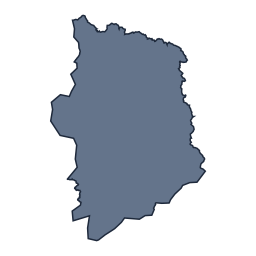 outline of Cagaan-U'ur, Hövsgöl, Mongolia
{"feature_id": "93677404B89482084042142", "entity_name": "Cagaan-U'ur", "entity_type": "district", "adm_level": 2, "iso_a3": "MNG", "parent_name": "Mongolia", "parent_adm1": "Hövsgöl", "projection": "mercator", "projection_center": [101.619, 50.905], "detail": "fine", "context": "isolated", "style": "filled", "palette": "slate", "viewbox_px": 256, "rotation_deg": 0, "n_neighbors": 0, "source": "geoboundaries", "source_scale": "gbopen_adm2", "svg_char_len": 5622}
<svg xmlns="http://www.w3.org/2000/svg" viewBox="0 0 256 256"><path d="M205.3,171.2L203.1,169.1L200.7,168.1L200.3,167.7L200.4,166.4L200.7,164.9L201.0,163.8L201.5,163.3L203.7,161.4L203.7,160.9L204.6,159.1L204.6,158.8L204.3,158.4L204.1,157.8L202.8,156.6L202.7,156.2L202.7,155.7L202.5,155.4L200.3,153.3L199.5,151.9L199.4,151.6L199.5,150.7L199.2,150.2L198.8,150.0L197.2,148.4L194.8,147.5L193.7,147.6L193.4,147.5L193.1,147.0L192.8,146.0L192.3,145.4L190.9,144.9L190.1,144.2L190.2,143.8L190.5,143.1L191.3,142.3L190.4,141.1L190.1,139.9L190.2,139.5L190.4,138.5L190.7,138.1L191.4,138.1L190.6,136.0L190.3,134.5L190.4,133.9L191.4,133.3L193.2,131.4L193.6,130.3L194.1,129.3L193.5,126.6L191.0,124.4L191.7,123.4L191.8,123.1L190.7,121.2L190.6,120.2L190.8,120.0L191.7,118.8L192.3,117.5L193.8,116.5L192.9,116.5L192.4,116.2L191.6,113.6L191.6,112.8L191.9,112.3L190.8,110.4L190.8,109.8L190.4,108.4L190.0,108.1L189.8,107.6L189.4,107.0L189.4,105.7L189.5,105.2L188.7,105.2L187.6,104.8L187.2,104.6L187.0,103.6L185.8,102.9L185.0,102.6L184.0,102.1L183.7,102.1L183.5,101.7L183.7,100.6L183.2,99.9L183.5,98.1L183.9,97.5L185.1,97.2L185.4,96.7L185.8,95.3L185.6,95.1L185.4,95.1L185.1,95.5L184.4,95.6L182.6,94.8L182.2,94.1L182.1,93.4L181.7,92.8L181.7,92.3L181.7,91.9L181.6,91.2L181.7,90.1L181.6,89.6L181.9,89.0L181.8,88.8L180.6,87.7L180.8,87.2L180.8,86.3L180.7,85.8L181.8,84.4L181.9,84.1L181.8,83.1L182.1,82.5L182.0,81.4L182.2,81.1L182.6,81.3L183.1,81.1L184.2,81.4L185.4,80.7L185.3,80.2L184.6,78.8L184.1,78.3L183.7,78.1L183.1,78.1L182.9,78.0L182.2,76.8L181.7,76.6L181.6,76.0L181.2,75.4L182.6,73.7L182.8,73.3L179.4,70.3L179.2,69.5L178.7,69.1L178.5,68.6L179.7,67.9L180.0,67.3L179.6,66.4L180.2,65.5L180.2,65.3L179.8,65.0L179.7,64.6L179.9,64.1L180.1,62.8L179.7,62.4L179.6,62.0L179.7,61.5L180.0,61.3L180.3,61.3L181.0,61.9L183.0,62.2L183.6,62.9L183.4,62.6L183.6,62.3L183.9,62.2L184.6,62.3L186.2,61.9L186.5,61.3L186.6,60.7L187.3,60.1L187.1,59.8L187.0,59.5L186.8,59.3L186.7,59.0L186.1,58.6L185.6,57.9L185.8,56.9L185.6,56.0L185.3,55.8L184.7,55.7L184.3,54.7L183.6,54.0L183.3,53.3L183.1,52.1L182.1,51.1L180.8,50.6L181.1,50.0L180.9,49.4L181.0,48.9L180.7,48.4L179.8,48.0L179.0,47.2L178.7,47.2L177.5,46.4L176.6,46.3L175.9,45.7L175.3,45.5L173.5,45.1L172.8,44.2L172.3,43.9L171.2,43.8L170.9,43.4L170.3,43.4L169.4,42.3L168.9,42.3L167.2,44.0L167.1,44.7L166.5,43.3L166.2,42.8L165.8,42.5L164.7,42.4L164.2,42.7L164.1,43.0L163.8,42.9L163.7,42.1L163.3,41.5L162.8,40.2L162.0,39.4L161.6,39.1L161.0,39.1L160.2,39.3L159.0,38.6L158.2,39.1L157.8,39.2L157.3,39.0L156.9,39.7L155.3,41.3L154.7,41.4L154.6,40.8L154.2,40.1L152.3,40.1L152.0,39.9L152.3,39.2L151.9,38.6L151.2,38.9L150.3,38.7L149.5,38.2L149.1,38.2L148.4,38.8L148.0,38.9L148.2,38.6L148.2,38.3L147.4,38.1L146.5,37.5L146.2,36.9L146.1,35.9L145.3,34.8L144.9,35.1L144.4,35.0L143.3,34.2L143.2,34.4L142.4,34.3L141.5,33.5L140.0,32.6L139.2,31.7L138.5,31.8L137.5,32.1L136.1,32.1L135.8,31.9L134.3,32.6L133.8,33.1L133.5,33.0L133.1,32.2L132.9,32.1L132.1,32.5L131.4,32.6L131.2,32.9L130.7,33.3L130.1,33.2L129.2,33.8L128.7,34.0L128.3,33.8L127.6,34.0L126.5,33.9L124.8,34.4L125.0,33.8L124.4,32.1L125.2,30.4L125.1,29.6L125.2,29.3L123.4,28.8L122.6,28.2L122.4,27.5L122.0,27.3L120.7,27.2L119.9,27.5L119.4,28.0L119.1,29.1L118.8,28.4L118.8,28.0L119.1,27.6L119.0,27.0L118.5,25.9L117.9,25.0L117.3,24.9L116.3,23.9L114.9,23.9L114.1,24.5L112.4,23.5L111.7,23.3L111.2,23.5L110.7,24.2L110.4,24.2L109.9,24.8L109.0,25.3L107.2,25.4L107.0,27.5L107.2,28.6L107.1,29.0L105.9,30.6L104.8,31.8L102.8,31.5L100.5,32.2L99.6,31.6L99.3,31.1L98.8,31.7L97.3,31.7L97.1,31.3L97.3,30.7L96.6,30.6L95.9,29.8L95.9,29.7L96.2,29.3L96.9,28.9L96.2,28.6L95.8,27.8L94.4,26.5L94.0,25.8L93.8,25.5L91.1,24.6L88.9,22.7L87.8,22.3L87.5,22.0L87.6,20.9L87.2,20.6L85.3,17.4L85.1,16.2L84.6,15.8L83.2,15.4L82.7,15.5L81.6,16.2L81.1,17.1L79.0,18.4L78.1,19.5L77.6,19.9L75.8,19.4L75.1,19.6L73.9,20.1L72.5,20.2L74.5,28.7L73.8,37.0L78.5,42.4L78.8,44.5L79.0,48.1L79.7,49.6L80.2,51.4L80.0,52.1L79.8,53.3L79.7,53.3L79.6,54.4L79.5,54.7L78.2,56.9L77.8,57.2L77.7,57.4L76.8,58.4L76.5,59.1L75.9,59.5L75.5,60.1L75.4,60.6L74.8,61.0L74.2,61.9L76.8,63.2L77.1,68.2L70.8,74.2L75.4,84.4L71.5,91.3L69.3,96.5L60.4,94.7L51.4,102.3L52.6,109.5L50.7,121.0L60.1,135.4L73.6,138.3L76.7,145.2L75.3,159.1L77.2,167.3L67.4,179.1L67.5,179.3L68.8,179.2L69.3,179.6L71.1,179.7L71.9,179.6L72.1,179.4L72.2,179.1L72.8,179.8L73.9,179.9L74.3,180.2L74.6,180.5L75.5,180.7L75.9,180.9L76.1,181.4L76.0,181.9L76.2,182.9L76.7,183.0L76.8,183.3L77.7,183.5L77.9,184.1L78.4,184.4L78.4,184.7L78.3,184.9L78.0,184.9L77.5,185.4L76.9,185.7L76.4,186.3L76.0,186.5L75.8,187.0L75.4,187.1L75.0,187.4L74.7,188.0L74.7,188.3L75.3,188.3L75.4,188.5L75.1,188.8L75.4,189.1L75.6,189.3L75.9,189.3L76.1,189.7L76.1,190.1L76.3,190.3L76.7,190.0L77.3,190.2L77.6,189.9L77.8,189.8L78.5,190.2L78.7,190.5L79.4,190.6L79.8,190.4L80.2,191.1L80.5,191.4L80.5,191.9L80.3,192.1L80.2,192.4L79.8,192.9L79.7,193.6L79.6,193.8L79.6,194.1L79.5,194.4L79.6,194.6L80.0,195.0L79.7,195.8L79.8,196.5L79.5,196.7L79.5,196.9L79.6,197.2L79.8,197.3L79.8,197.5L79.6,197.5L79.2,198.1L78.5,198.2L78.3,198.4L78.3,198.7L77.7,199.4L77.9,200.2L78.5,200.3L78.8,200.7L79.2,200.9L79.3,201.5L79.5,201.6L80.3,202.0L80.7,202.0L81.0,202.3L80.4,205.2L72.2,211.1L73.1,220.8L89.5,215.8L87.6,228.0L88.2,238.6L96.7,240.6L98.6,239.9L105.0,234.9L114.6,228.7L121.4,222.3L124.5,218.0L139.4,219.2L145.1,215.6L151.8,215.2L154.2,209.5L154.2,209.2L153.7,208.7L153.6,208.1L154.0,207.5L154.6,206.0L155.1,205.4L155.3,204.8L155.6,204.4L155.4,203.5L155.5,203.2L156.1,202.8L161.8,203.3L169.1,203.0L170.6,199.6L174.8,194.1L181.1,188.2L182.6,185.4L189.8,182.6L197.0,182.2L205.3,171.2Z" fill="#64748b" stroke="#1e293b" stroke-width="1.5"/></svg>